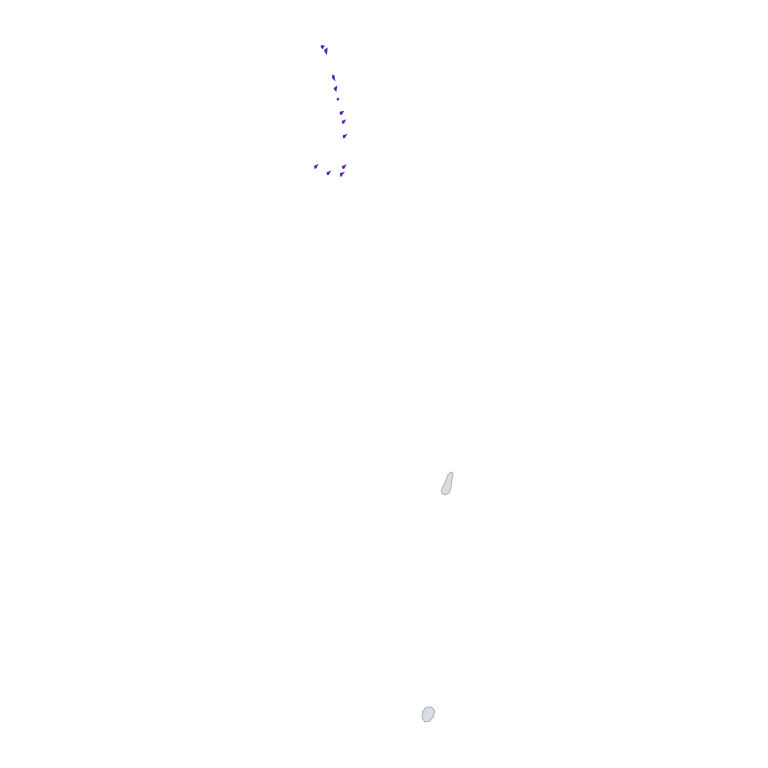 Maldives, with Raa highlighted
{"feature_id": "MDV-5226", "entity_name": "Raa", "entity_type": "Atoll", "adm_level": 1, "iso_a3": "MDV", "parent_name": "Maldives", "parent_adm1": "", "projection": "natural_earth1", "projection_center": [72.972, 5.719], "detail": "fine", "context": "in_parent", "style": "outline", "palette": "violet", "viewbox_px": 768, "rotation_deg": 0, "n_neighbors": 0, "source": "natural_earth", "source_scale": "10m", "svg_char_len": 1575}
<svg xmlns="http://www.w3.org/2000/svg" viewBox="0 0 768 768"><path d="M449.5,492.4L445.8,494.7L442.4,493.8L441.2,490.9L442.9,486.6L445.8,481.1L447.8,475.2L450.7,472.0L452.9,473.1L452.7,476.4L451.6,481.0L451.0,486.9L449.5,492.4ZM429.3,721.5L424.8,721.9L422.0,717.7L422.6,711.6L426.1,707.3L431.7,707.1L434.8,710.9L433.2,716.8L429.3,721.5Z" fill="#d9dde1" stroke="#a8b0b8" stroke-width="1"/><path d="M326.5,49.4L326.2,52.4L325.2,50.9L325.4,50.1L326.5,49.4ZM333.3,75.1L333.9,78.6L333.1,77.8L332.9,77.0L333.3,75.1ZM336.0,87.6L335.7,89.8L335.1,89.2L334.8,88.9L334.8,88.4L335.4,88.1L336.0,87.6ZM342.2,112.2L341.8,112.8L341.6,113.3L341.4,113.7L340.9,113.8L340.7,112.6L341.0,112.3L341.6,112.3L342.2,112.2ZM323.1,46.4L322.7,46.8L322.6,47.4L322.5,47.7L322.2,47.5L321.9,47.3L321.8,46.2L322.1,46.1L322.6,46.3L323.1,46.4ZM342.2,173.6L341.8,174.1L341.5,175.0L341.2,175.3L340.8,174.2L341.0,173.8L341.6,173.8L342.2,173.6ZM316.4,166.0L316.1,166.6L315.9,167.0L315.8,167.4L315.4,167.6L315.1,166.5L315.3,166.3L315.8,166.3L316.4,166.0ZM344.3,166.3L344.0,166.8L343.9,167.3L343.7,167.7L343.3,167.8L343.1,167.0L343.0,166.8L343.3,166.5L343.8,166.5L344.3,166.3ZM345.0,135.7L344.6,136.2L344.5,136.7L344.4,137.0L344.0,137.2L343.9,137.2L343.7,136.2L343.9,135.9L344.4,135.9L345.0,135.7ZM344.1,121.1L343.8,121.6L343.6,122.1L343.5,122.5L343.0,122.6L342.8,121.6L343.0,121.4L343.5,121.3L344.1,121.1ZM328.9,172.5L328.6,173.0L328.5,173.5L328.3,173.9L327.9,174.0L327.6,173.1L327.9,172.8L328.4,172.7L328.9,172.5ZM338.2,98.1L338.0,99.4L337.3,100.1L338.2,98.1Z" fill="none" stroke="#5b21b6" stroke-width="2"/></svg>